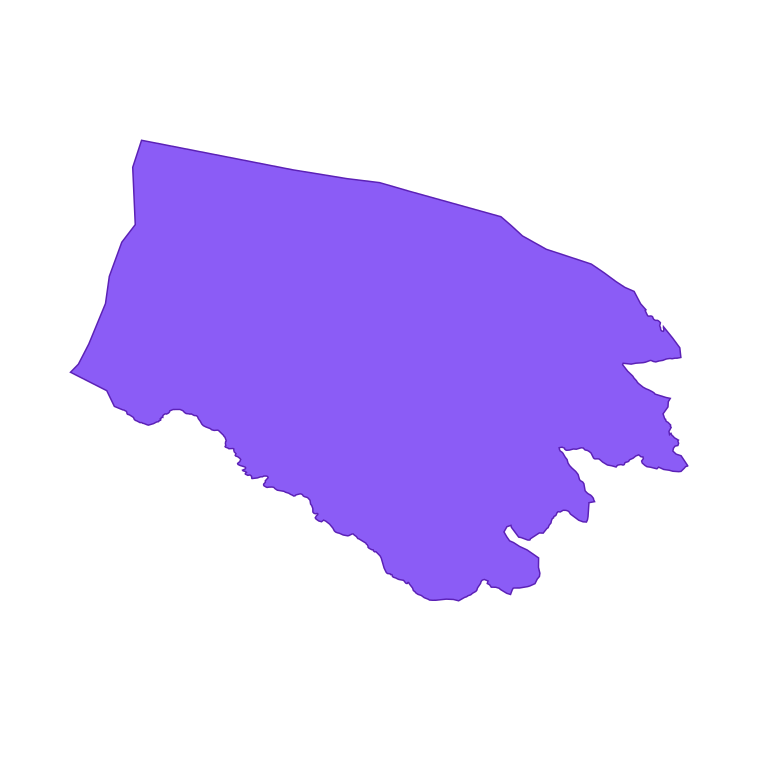 Upper Manya, Eastern, Ghana (Equal Earth projection), rotated 278°
{"feature_id": "2480657B72113427832631", "entity_name": "Upper Manya", "entity_type": "district", "adm_level": 2, "iso_a3": "GHA", "parent_name": "Ghana", "parent_adm1": "Eastern", "projection": "equal_earth", "projection_center": [-0.205, 6.384], "detail": "fine", "context": "isolated", "style": "filled", "palette": "violet", "viewbox_px": 768, "rotation_deg": 278, "n_neighbors": 0, "source": "geoboundaries", "source_scale": "gbopen_adm2", "svg_char_len": 6154}
<svg xmlns="http://www.w3.org/2000/svg" viewBox="0 0 768 768"><g transform="rotate(278 384 384)"><path d="M487.9,104.6L452.4,97.0L424.9,97.0L382.5,86.1L361.1,78.6L352.0,71.9L338.8,110.4L324.3,120.1L322.0,129.0L322.0,130.2L321.6,131.0L321.4,132.0L320.4,133.2L319.0,133.6L318.4,134.1L318.1,135.1L318.3,135.6L316.3,140.0L315.8,140.7L314.1,141.7L313.3,143.0L313.2,143.9L311.8,147.8L312.1,149.3L311.5,150.7L311.5,151.7L310.6,155.3L310.5,156.5L312.7,161.3L314.8,164.2L315.3,165.9L315.9,166.1L316.3,166.7L316.7,166.8L317.0,167.8L317.6,167.9L318.4,167.3L319.1,168.1L319.9,168.2L320.1,168.7L320.1,169.6L321.9,169.4L322.9,170.1L324.0,171.5L324.0,172.9L325.3,174.7L326.5,175.5L327.6,175.6L329.4,178.7L330.4,185.5L329.8,187.8L329.3,189.0L328.1,190.3L327.2,192.2L327.3,195.5L327.1,196.1L327.6,197.1L326.4,200.4L326.5,202.7L325.7,203.9L323.8,205.0L321.5,207.3L319.0,209.1L317.6,210.9L316.7,213.5L315.6,218.4L314.8,219.4L314.6,220.3L314.4,222.3L315.1,225.4L315.0,226.5L311.0,232.0L309.7,233.1L309.2,233.9L305.7,235.7L304.9,235.2L303.0,235.2L301.1,235.9L300.1,235.3L299.8,235.4L299.4,235.9L298.9,238.2L298.3,239.4L299.1,243.5L298.7,244.4L297.8,244.4L296.0,245.1L294.4,247.1L292.6,246.6L292.0,247.3L291.7,249.1L290.4,251.5L289.4,252.6L287.1,252.0L285.0,250.1L284.0,250.6L283.3,252.8L282.6,257.2L282.2,258.4L281.9,258.6L280.9,258.6L280.4,258.1L279.0,255.9L278.4,256.5L278.1,258.7L277.4,260.1L276.2,259.1L275.4,259.3L274.6,261.9L275.2,263.7L275.1,264.4L274.1,265.7L272.2,266.2L272.0,266.5L273.4,271.8L274.9,274.7L275.2,276.6L276.1,277.8L276.5,280.2L276.4,281.0L276.0,281.8L275.1,282.3L271.6,279.9L270.2,280.2L268.2,278.8L267.3,278.8L266.5,279.3L265.7,281.1L265.3,282.6L265.8,284.2L266.4,287.5L266.3,289.3L265.2,290.6L264.0,293.1L263.8,299.9L263.1,301.6L262.6,304.9L261.7,306.8L261.2,308.6L260.5,310.2L260.9,311.5L262.0,312.4L263.6,316.3L263.4,318.0L262.7,319.0L262.0,319.5L261.4,320.8L260.9,324.1L258.6,326.9L254.9,328.0L253.6,329.3L250.9,330.8L247.3,331.4L246.2,332.7L246.0,333.7L246.0,334.5L246.5,335.7L246.4,336.4L245.4,336.6L244.0,335.4L241.9,334.5L240.8,335.5L239.3,338.4L238.9,341.3L240.8,343.1L240.2,345.2L237.7,349.6L234.1,353.5L231.7,355.2L230.7,356.6L230.2,358.4L230.0,360.5L228.8,364.6L228.6,369.2L229.0,370.3L231.0,373.2L231.2,374.5L230.4,375.4L229.1,377.9L227.3,379.6L227.1,380.8L223.9,388.2L223.2,388.6L222.4,389.9L221.0,390.8L220.1,390.9L219.3,392.0L218.2,394.9L218.3,396.3L217.3,396.8L216.5,398.0L216.8,399.1L216.7,399.5L213.3,404.0L211.2,405.5L201.8,409.7L197.9,412.3L197.0,413.4L196.8,414.0L196.9,416.5L196.2,417.0L196.4,418.2L195.9,418.7L194.7,419.1L194.0,420.1L193.5,422.8L192.8,424.7L192.5,426.0L192.3,430.7L189.9,433.2L189.6,434.1L189.8,435.0L190.7,435.2L190.9,435.5L190.6,436.2L189.4,437.1L185.9,440.7L183.6,441.8L182.4,443.8L181.5,444.7L180.4,447.0L179.8,450.3L178.0,453.6L177.0,457.8L176.4,459.1L176.6,462.2L177.1,465.5L179.6,475.5L180.3,482.7L179.7,488.1L183.9,493.5L184.8,495.4L186.1,496.8L187.3,499.2L189.1,500.8L191.4,503.8L192.7,504.6L195.1,505.0L200.0,507.4L201.2,507.5L202.7,508.0L203.5,508.7L204.4,510.5L203.4,514.5L200.8,514.0L199.9,516.5L197.7,518.5L198.3,522.9L197.7,526.6L196.8,527.7L193.8,534.7L193.2,538.6L197.8,539.6L199.7,540.3L200.1,541.3L200.9,546.7L203.4,554.6L204.4,556.7L207.3,561.3L212.1,562.9L215.0,564.7L218.3,564.7L223.9,562.5L233.3,561.3L239.6,548.8L242.0,540.9L245.0,534.4L246.2,530.2L249.7,526.9L254.2,523.4L259.8,525.6L261.7,529.4L259.8,530.1L251.1,538.7L251.0,541.2L249.5,548.0L249.7,549.8L250.1,550.4L251.0,550.4L258.1,558.5L258.5,562.4L263.6,565.4L264.5,566.5L267.2,567.2L269.6,568.7L271.9,568.8L273.8,569.3L274.3,569.5L275.0,570.5L276.4,570.7L277.0,571.3L277.2,571.9L277.8,572.5L280.7,573.3L281.8,574.2L281.8,576.3L283.9,579.0L284.2,581.6L284.0,583.3L283.4,584.8L281.1,586.8L276.2,595.8L275.2,600.3L275.5,603.7L277.9,604.4L281.0,604.5L295.0,603.5L296.8,608.9L298.8,607.6L299.9,607.3L301.7,605.5L302.7,604.1L303.7,601.5L304.7,599.9L306.3,598.0L313.1,595.8L314.6,594.4L315.6,592.0L316.6,590.9L321.4,588.8L324.1,586.0L327.0,581.7L329.1,579.1L331.4,577.2L334.7,575.8L336.8,573.6L340.4,570.8L341.3,569.7L342.2,567.8L343.7,566.8L345.3,566.3L346.2,569.1L345.6,571.7L344.8,571.9L344.4,572.4L343.8,573.5L343.8,574.3L344.4,576.9L346.0,580.6L346.2,583.6L348.3,588.2L348.3,590.4L346.9,591.8L346.6,592.9L346.5,594.7L345.7,596.6L344.5,598.6L340.0,601.7L339.4,602.5L339.2,603.4L339.6,605.5L339.7,607.1L339.4,607.9L337.1,611.4L334.9,616.5L334.7,621.0L334.1,625.4L335.3,626.0L336.3,627.0L337.1,629.4L337.2,630.3L337.0,631.9L337.3,632.7L337.7,633.1L339.6,633.6L339.9,633.9L341.0,636.4L341.6,637.1L343.1,637.7L345.2,641.0L347.7,643.3L349.3,646.1L347.7,648.6L347.8,650.6L346.1,651.2L343.6,649.8L341.7,650.7L339.7,653.7L338.7,655.9L338.7,659.4L338.0,665.8L338.1,666.2L339.9,667.5L338.3,672.9L338.3,678.4L337.8,682.1L338.2,688.1L338.8,690.3L342.3,693.0L344.2,694.2L345.0,696.1L345.4,696.1L354.3,688.2L355.2,683.1L357.8,679.4L360.8,679.6L363.0,680.9L364.0,683.6L366.3,684.0L368.5,682.9L369.4,683.4L371.2,679.0L372.5,677.6L373.1,676.4L375.1,675.0L373.6,673.8L376.7,672.8L381.0,674.4L382.2,673.4L383.2,673.6L385.6,670.5L385.9,669.5L386.6,668.4L388.3,667.7L388.5,666.9L393.3,664.5L400.8,668.4L406.0,668.0L409.6,669.5L409.9,665.2L411.7,653.9L412.9,652.5L413.8,650.5L415.1,646.8L415.7,644.2L416.9,641.0L419.9,636.0L420.9,634.7L422.4,633.5L424.6,630.8L426.4,629.3L430.6,623.5L436.3,617.6L437.8,617.9L438.1,626.0L439.7,630.7L441.2,637.7L442.0,639.9L444.4,644.4L444.4,645.6L443.8,647.6L443.7,650.1L445.1,653.2L446.2,656.8L448.0,660.0L448.4,661.2L449.1,663.7L449.1,665.8L450.0,668.4L450.4,670.8L451.6,674.3L461.0,671.9L469.6,663.5L479.6,652.8L478.4,652.9L477.3,653.5L475.5,653.5L475.0,653.1L475.1,651.9L475.6,651.0L476.9,650.2L478.0,650.1L480.0,648.9L483.1,649.2L484.0,648.2L484.9,646.7L485.1,645.7L484.8,644.0L485.1,643.1L485.5,642.2L486.6,641.3L487.7,640.8L488.3,640.0L488.5,639.1L488.4,638.0L488.0,637.0L488.1,636.0L488.7,635.3L492.6,632.7L493.3,632.4L493.9,633.1L499.2,626.9L510.5,618.8L513.2,609.1L517.7,599.5L524.7,586.6L531.6,572.6L540.0,526.0L549.9,500.5L558.6,487.9L565.9,476.6L578.5,381.6L582.8,351.6L582.2,318.6L583.4,263.7L591.6,110.0L563.6,105.0L507.2,115.5L487.9,104.6Z" fill="#8b5cf6" stroke="#5b21b6" stroke-width="1.5"/></g></svg>